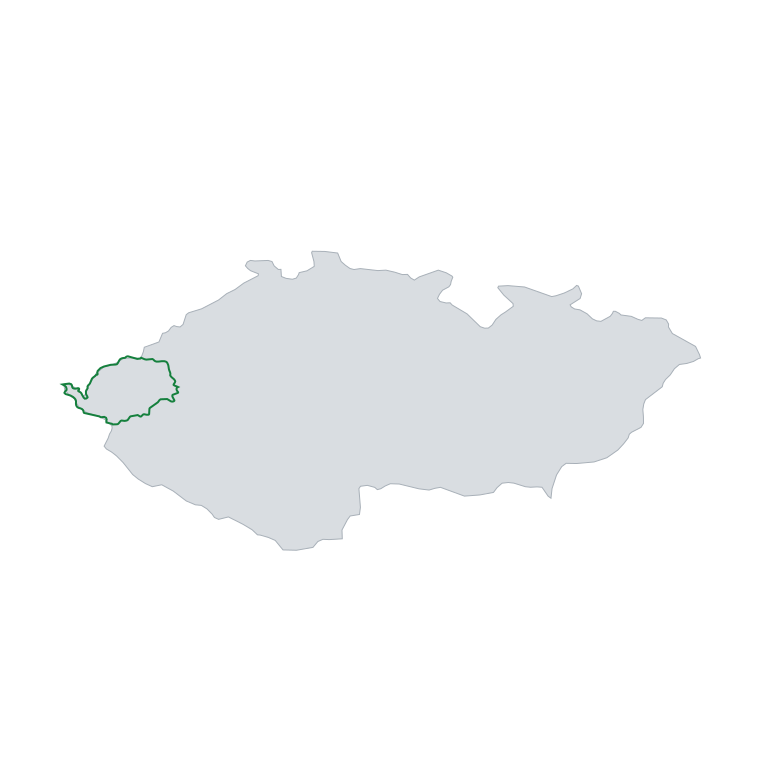 Karlovarský highlighted on a map of Czechia, rotated 349°
{"feature_id": "CZE-1590", "entity_name": "Karlovarský", "entity_type": "Region", "adm_level": 1, "iso_a3": "CZE", "parent_name": "Czechia", "parent_adm1": "", "projection": "natural_earth1", "projection_center": [12.693, 50.171], "detail": "fine", "context": "in_parent", "style": "outline", "palette": "green", "viewbox_px": 768, "rotation_deg": 349, "n_neighbors": 0, "source": "natural_earth", "source_scale": "10m", "svg_char_len": 5400}
<svg xmlns="http://www.w3.org/2000/svg" viewBox="0 0 768 768"><g transform="rotate(349 384 384)"><path d="M699.7,418.9L697.4,419.1L692.1,420.9L685.2,421.6L677.7,421.2L672.0,424.4L666.7,429.7L661.2,433.3L658.2,436.5L656.6,439.8L637.7,449.2L635.2,453.1L633.2,458.5L632.4,465.7L631.2,472.2L628.0,475.6L617.8,478.6L615.2,480.1L613.4,483.5L607.7,488.5L601.0,493.4L588.7,498.9L575.3,500.6L557.8,498.8L547.6,496.6L542.7,499.0L536.0,506.2L529.0,518.7L526.1,528.0L523.7,525.4L519.4,515.5L514.6,514.2L508.1,513.3L503.2,511.8L492.6,506.1L487.2,504.4L481.0,503.9L475.2,507.3L470.8,511.3L456.9,511.2L441.6,509.4L419.7,496.2L414.0,496.1L408.0,496.7L398.4,493.6L379.9,485.1L371.2,483.1L365.8,484.3L360.8,486.2L357.3,486.4L355.2,483.7L348.3,480.3L341.4,479.9L339.4,481.9L337.3,500.6L335.0,507.4L325.6,507.1L322.2,510.2L314.9,519.3L313.5,528.0L300.6,526.3L294.4,524.8L289.0,526.0L283.1,530.8L266.4,530.5L253.2,527.6L247.4,516.8L241.3,512.6L233.7,508.7L231.0,507.9L226.8,502.0L218.8,494.8L205.9,484.8L195.8,485.3L192.1,482.7L190.5,479.0L186.3,472.7L181.5,468.3L175.8,466.6L167.6,461.1L156.7,448.9L146.6,440.5L137.0,440.6L130.8,436.2L124.6,430.4L120.0,424.9L112.9,411.3L107.7,403.5L103.6,398.8L99.1,394.8L97.4,391.6L103.0,384.4L105.0,380.8L107.4,378.1L108.8,375.2L108.8,373.0L103.7,365.9L96.9,360.8L86.9,355.5L80.5,349.0L78.1,343.0L77.4,339.6L73.1,335.2L69.5,328.6L69.6,324.7L70.4,323.6L73.7,323.6L77.5,326.3L82.7,331.4L87.0,339.0L89.6,336.1L94.6,328.1L103.3,318.9L112.3,313.8L120.3,313.3L126.9,311.9L132.4,309.3L142.0,310.3L148.9,312.2L151.1,311.0L154.0,306.3L155.7,302.2L171.1,299.8L176.3,292.0L179.3,292.0L182.6,290.8L185.9,287.8L189.0,286.6L191.5,288.1L194.7,289.1L198.1,287.2L203.1,278.2L205.9,276.8L219.3,275.4L237.6,270.0L246.8,265.3L255.9,262.8L265.6,258.2L281.1,253.7L281.8,251.9L274.6,247.3L272.2,244.5L270.5,241.5L273.0,238.2L276.4,237.2L280.8,238.6L293.8,240.6L297.4,242.4L298.7,247.1L302.1,251.4L304.7,251.8L303.8,258.9L308.0,261.6L314.1,263.7L318.1,263.3L320.9,260.4L322.0,258.5L330.0,258.2L338.0,255.2L338.6,250.4L338.0,241.3L338.9,240.0L351.2,242.6L363.5,246.6L365.3,255.6L368.7,260.0L372.6,264.1L376.4,265.9L382.8,266.2L399.6,271.5L407.6,272.6L415.9,276.3L422.9,280.1L428.0,280.9L430.4,285.0L433.6,287.8L439.0,285.6L459.0,282.6L466.3,286.7L471.3,291.0L471.9,292.3L469.5,296.1L468.3,299.1L466.2,301.0L459.4,303.1L455.6,306.5L452.8,310.2L454.7,313.7L460.4,316.3L464.4,316.9L466.0,319.5L478.9,331.0L489.4,346.1L493.4,348.4L497.1,349.0L501.4,346.8L506.2,341.9L512.1,338.4L517.0,336.5L525.7,332.4L526.0,329.7L518.5,319.5L514.1,311.2L515.1,309.8L524.5,311.1L540.5,315.6L565.3,330.2L569.7,330.2L578.2,329.1L587.5,326.7L591.9,324.0L593.5,325.0L595.2,333.1L592.8,337.5L581.8,341.8L582.5,344.0L585.4,346.7L590.5,348.6L596.7,353.8L601.0,359.8L604.8,362.6L608.9,363.9L619.0,360.7L621.8,358.2L623.0,356.4L625.0,356.8L628.6,359.7L629.7,361.4L639.7,364.8L645.5,368.9L649.2,370.8L653.2,368.9L668.9,372.2L673.3,375.0L674.8,379.5L674.1,382.3L676.7,389.5L697.0,406.6L699.3,415.4L699.7,418.9Z" fill="#d9dde1" stroke="#a8b0b8" stroke-width="1"/><path d="M149.8,312.5L150.6,311.9L153.7,314.0L155.3,314.7L161.4,315.3L161.9,315.7L162.4,316.2L163.0,317.2L163.7,317.9L164.9,318.6L167.2,319.0L170.0,319.2L172.7,319.7L174.1,320.4L174.7,320.9L175.2,321.7L175.6,323.3L175.8,324.3L175.8,325.3L175.7,327.9L175.7,328.7L175.9,330.1L176.2,331.6L176.3,332.8L176.2,333.4L176.0,334.0L175.8,334.6L176.1,335.6L176.8,336.8L178.8,339.3L179.4,340.6L179.6,341.5L179.3,342.1L179.0,342.6L177.6,344.0L177.4,344.3L177.3,344.7L177.6,345.1L178.3,345.7L180.2,346.9L181.3,347.7L180.3,348.0L179.7,348.5L179.4,349.2L179.3,349.9L179.4,350.6L179.6,351.3L180.3,352.6L180.3,353.0L179.9,353.4L174.5,354.3L174.2,354.6L174.0,355.1L173.9,355.7L174.0,356.4L175.1,360.0L175.0,360.4L174.6,360.7L174.1,360.9L172.9,360.9L171.7,360.5L168.3,357.4L161.9,356.4L161.5,356.5L160.5,357.0L158.5,358.8L149.9,362.7L149.4,363.0L149.0,363.6L147.7,368.7L147.3,369.1L146.7,369.2L145.2,368.9L142.7,367.9L142.4,367.9L141.7,368.0L139.4,369.5L139.0,369.5L138.7,369.5L138.3,369.3L136.3,367.5L129.1,367.4L128.4,367.7L125.6,370.4L125.2,370.6L123.8,370.8L122.2,370.7L119.5,369.8L118.9,369.9L118.4,370.0L115.9,372.1L115.2,372.5L114.3,372.6L109.9,371.9L109.3,371.1L108.0,370.6L104.2,368.8L104.3,367.5L105.0,365.9L104.7,364.1L103.1,362.9L99.7,362.6L98.3,361.4L98.2,361.4L84.1,355.2L83.8,354.5L83.8,353.4L83.6,352.2L82.8,351.0L81.4,350.0L79.9,349.3L78.6,348.3L77.8,346.5L77.8,344.8L78.4,342.0L78.2,340.3L77.4,338.8L76.4,337.5L74.1,335.5L69.5,333.1L68.6,331.7L69.7,330.2L70.7,329.7L71.3,329.2L71.5,327.7L71.2,326.0L70.4,324.9L68.3,323.1L70.6,323.2L75.1,323.5L76.9,324.5L77.4,325.6L77.4,327.7L77.8,328.6L78.8,329.3L80.1,329.7L82.8,329.7L83.5,330.0L83.8,330.5L83.7,331.0L83.3,331.7L83.2,331.7L82.9,331.8L82.6,332.1L82.5,332.4L82.6,332.6L82.8,332.9L84.4,334.2L84.8,334.7L85.2,335.5L85.4,336.2L85.5,336.8L86.6,340.1L87.5,341.3L89.1,341.4L90.4,340.7L90.4,339.6L89.9,338.3L89.6,336.9L89.9,334.7L90.4,333.6L92.2,331.7L92.5,329.8L93.3,328.9L94.3,328.3L95.4,327.4L98.3,323.1L99.3,322.3L102.0,321.0L103.1,320.2L103.4,320.0L104.3,320.1L104.6,319.9L104.8,319.4L104.8,319.0L104.7,318.6L104.6,318.3L104.9,317.8L105.1,317.2L105.4,316.6L106.1,316.1L108.7,314.3L112.4,313.4L119.4,313.0L124.4,313.7L125.6,313.6L126.6,312.8L128.7,310.2L129.9,309.2L131.4,308.8L132.9,308.7L134.5,308.9L135.1,308.7L136.4,308.0L137.3,307.9L138.0,308.0L146.6,312.3L149.8,312.5Z" fill="none" stroke="#15803d" stroke-width="2"/></g></svg>